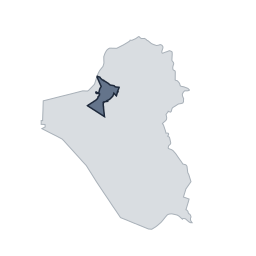 Ana, Al-Anbar, Iraq shown in context, rotated 17°
{"feature_id": "34846034B40379251126698", "entity_name": "Ana", "entity_type": "district", "adm_level": 2, "iso_a3": "IRQ", "parent_name": "Iraq", "parent_adm1": "Al-Anbar", "projection": "mercator", "projection_center": [41.794, 34.329], "detail": "fine", "context": "in_parent", "style": "filled", "palette": "slate", "viewbox_px": 256, "rotation_deg": 17, "n_neighbors": 0, "source": "geoboundaries", "source_scale": "gbopen_adm2", "svg_char_len": 5282}
<svg xmlns="http://www.w3.org/2000/svg" viewBox="0 0 256 256"><g transform="rotate(17 128 128)"><path d="M104.3,43.4L106.1,43.0L109.3,40.2L111.3,37.6L111.9,37.4L113.6,38.3L114.8,38.5L117.7,37.5L119.4,38.0L120.8,38.7L121.6,38.7L125.4,40.3L126.3,40.5L128.3,40.7L131.2,40.8L133.1,39.8L134.4,38.8L135.4,38.8L136.3,39.0L137.0,39.5L137.7,40.2L138.0,41.3L137.9,44.7L138.2,45.7L138.7,46.3L139.3,46.4L140.1,45.7L141.5,44.6L143.2,43.4L144.5,42.3L145.2,41.9L146.4,42.0L147.5,42.1L148.1,42.7L148.1,42.8L148.7,44.5L150.2,50.5L151.1,51.3L152.1,51.9L152.8,52.8L153.0,53.7L152.9,55.1L153.0,56.7L153.4,57.9L153.9,58.9L154.5,59.3L155.2,59.4L156.2,59.6L156.8,60.5L158.8,67.3L159.0,68.2L159.8,68.5L161.2,68.4L162.6,69.1L164.2,70.2L165.6,72.3L166.5,72.6L169.5,72.3L173.7,72.6L175.6,73.7L175.4,74.3L173.9,75.1L171.3,75.9L170.5,77.4L170.1,79.3L170.2,80.3L170.8,81.5L172.7,83.8L172.8,84.6L173.1,85.8L173.4,86.6L173.1,88.1L171.4,89.2L169.2,90.3L164.8,95.4L164.4,96.5L164.5,99.5L164.0,100.4L162.6,100.4L161.5,100.2L161.5,101.3L160.8,102.7L160.4,103.9L162.0,106.8L162.3,108.3L162.0,109.7L160.5,112.1L159.6,113.7L159.9,114.0L161.0,114.7L164.7,119.9L165.8,121.8L167.4,121.3L168.0,121.3L168.4,121.6L168.7,122.2L168.7,123.0L168.3,124.2L170.3,124.7L171.0,125.8L173.3,129.9L173.2,131.1L172.1,133.0L172.1,134.3L172.3,135.4L172.7,135.8L176.0,136.0L177.5,136.4L181.0,138.5L185.0,141.7L188.3,144.2L191.0,146.4L194.0,146.3L194.8,146.7L195.6,147.4L196.4,149.2L198.2,153.2L199.6,154.6L201.8,157.8L203.9,160.9L202.6,165.0L201.2,169.3L201.2,174.8L201.2,177.8L204.1,177.9L207.2,178.1L207.3,181.6L207.3,185.1L207.3,189.2L208.2,189.3L209.7,190.2L210.4,191.5L211.2,192.2L212.1,192.3L213.1,193.0L214.0,194.1L214.3,195.0L214.1,195.6L214.3,196.7L215.0,198.2L215.8,198.9L217.0,199.8L215.3,200.3L213.5,199.9L209.6,198.1L208.4,198.1L206.7,198.7L206.7,199.3L202.6,197.4L201.1,197.0L200.6,196.9L198.2,197.0L194.9,197.3L192.9,198.1L191.5,199.0L190.9,199.8L190.7,200.2L189.6,202.7L188.4,205.8L187.1,208.7L184.6,212.7L183.3,214.5L180.3,217.9L177.1,218.6L169.7,217.9L161.5,217.2L153.3,216.4L147.2,215.9L146.8,215.7L140.8,210.8L136.0,207.0L130.1,202.1L124.0,197.2L117.9,192.2L113.4,188.5L108.0,183.8L103.0,179.5L99.1,176.1L94.1,173.2L90.2,170.8L84.5,167.4L80.0,164.7L76.1,162.4L70.1,158.8L68.1,157.8L61.9,156.6L56.0,155.6L49.8,154.5L45.8,153.8L48.5,151.2L47.6,148.9L45.7,149.4L43.9,149.9L42.8,146.3L44.2,145.9L42.9,141.2L41.6,136.3L40.3,131.6L39.0,126.8L44.2,123.7L48.0,121.4L53.4,118.1L58.6,115.0L63.6,112.0L69.0,108.7L73.9,105.7L78.4,104.5L79.3,103.6L81.4,99.5L83.1,96.1L83.2,95.3L83.2,90.3L83.5,84.5L84.1,81.4L85.1,78.7L86.0,76.7L86.1,74.8L86.0,72.9L85.0,70.0L84.0,66.9L84.1,64.0L84.3,62.4L84.9,59.9L86.0,58.1L87.1,57.0L91.4,55.8L93.9,55.1L97.3,51.8L99.3,49.9L102.1,46.8L104.1,44.5L104.3,43.8L104.3,43.4Z" fill="#d9dde1" stroke="#a8b0b8" stroke-width="1"/><path d="M83.5,87.5L83.5,88.1L83.5,88.4L83.6,88.5L84.1,89.0L84.6,89.6L85.1,90.2L85.6,90.8L86.0,91.2L86.4,91.7L86.9,92.3L87.2,92.7L87.6,93.1L87.9,93.5L88.3,93.9L88.6,94.3L88.9,94.6L89.3,95.1L89.6,95.4L89.9,95.7L90.2,96.1L90.1,96.6L89.9,97.3L89.8,97.8L89.7,98.4L89.6,98.9L89.6,99.7L89.6,100.3L89.7,101.0L89.7,101.9L89.7,102.5L89.8,103.0L89.3,103.0L88.8,103.1L88.2,103.1L87.7,103.0L87.4,102.9L87.1,102.8L86.8,103.0L86.9,103.6L87.2,103.9L87.5,104.1L87.6,103.8L87.6,103.6L87.9,103.8L88.0,103.9L88.6,103.9L89.1,103.8L89.5,103.8L89.8,103.8L90.2,103.6L90.5,103.6L90.8,103.6L90.9,103.9L91.0,104.3L91.1,104.8L90.9,105.3L90.8,105.8L90.7,106.1L90.5,106.4L90.2,106.8L90.3,107.3L90.4,107.7L90.3,108.2L90.2,108.8L90.0,109.2L89.8,109.6L89.5,110.1L89.3,110.5L88.9,111.0L88.6,111.4L88.3,111.8L88.0,112.1L87.6,112.5L87.4,112.8L87.0,113.4L86.6,113.8L86.2,114.3L85.7,114.8L85.4,115.2L85.0,115.7L84.7,116.1L84.0,116.9L83.7,117.2L83.4,117.6L83.1,118.0L82.7,118.5L83.1,118.7L83.7,118.8L84.2,118.9L85.0,119.2L85.8,119.4L86.5,119.6L87.2,119.8L87.8,119.9L88.5,120.2L89.2,120.4L89.8,120.5L90.5,120.7L91.2,120.9L91.7,121.0L92.5,121.3L93.2,121.5L94.0,121.7L94.8,121.9L95.7,122.2L96.6,122.4L97.4,122.7L98.4,122.9L98.8,123.1L99.3,123.2L100.2,123.4L101.0,123.7L101.7,123.9L102.2,124.0L101.9,123.4L101.7,123.0L101.5,122.5L101.3,122.0L101.1,121.5L100.9,121.0L100.6,120.3L100.3,119.7L100.1,119.2L99.9,118.8L99.8,118.5L99.5,117.9L99.3,117.3L99.0,116.6L98.7,116.0L98.6,115.6L98.5,115.0L98.2,114.7L98.0,114.3L97.8,113.8L97.7,113.3L97.4,112.7L97.3,112.1L97.1,111.5L96.9,111.0L97.4,110.7L97.1,110.2L97.5,110.0L97.9,109.8L98.3,109.6L98.9,109.3L99.3,109.1L99.8,108.9L99.7,108.5L100.0,108.6L100.4,108.5L100.8,108.4L100.7,108.0L100.6,107.3L101.3,106.7L101.6,106.4L102.2,105.6L102.5,105.2L102.8,104.6L103.1,104.0L103.3,103.6L103.7,102.9L103.9,102.4L104.2,101.9L104.2,101.0L104.3,100.2L104.3,99.6L104.3,98.8L104.7,99.0L105.1,99.3L105.6,99.5L106.1,99.9L106.7,100.3L107.5,100.6L107.4,96.5L107.6,96.4L107.8,96.4L107.8,96.1L107.6,96.1L107.3,95.9L107.4,95.6L107.5,94.0L107.6,92.4L107.6,91.7L107.4,91.7L106.9,91.8L105.1,92.2L104.1,92.3L103.8,92.4L102.3,91.6L102.2,91.6L101.8,91.7L100.6,91.8L98.6,92.1L98.4,92.1L97.5,91.7L96.3,91.2L95.9,91.0L95.5,90.9L94.9,90.8L93.7,90.4L93.4,90.3L93.1,90.3L91.5,89.8L91.3,89.8L91.1,89.9L91.0,89.7L90.7,89.4L89.7,89.6L89.0,89.3L88.7,89.1L88.1,88.9L87.7,88.7L87.1,88.4L86.9,88.2L86.4,87.7L86.0,87.6L85.2,87.6L84.6,87.6L84.0,87.5L83.5,87.5Z" fill="#64748b" stroke="#1e293b" stroke-width="1.5"/></g></svg>